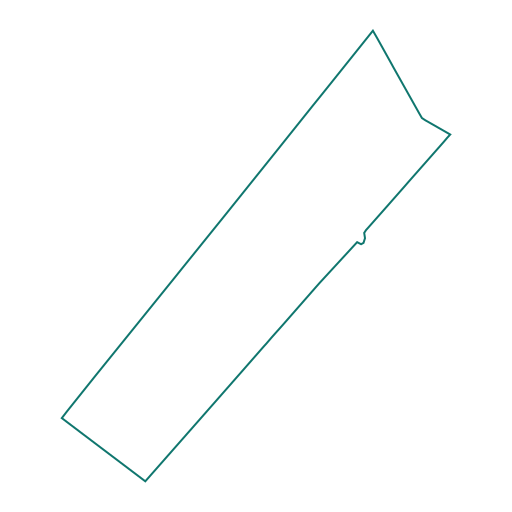 Sucupira do Norte, Maranhão, Brazil
{"feature_id": "56859067B91383684307252", "entity_name": "Sucupira do Norte", "entity_type": "district", "adm_level": 2, "iso_a3": "BRA", "parent_name": "Brazil", "parent_adm1": "Maranhão", "projection": "equal_earth", "projection_center": [-44.257, -6.503], "detail": "fine", "context": "isolated", "style": "outline", "palette": "teal", "viewbox_px": 512, "rotation_deg": 0, "n_neighbors": 0, "source": "geoboundaries", "source_scale": "gbopen_adm2", "svg_char_len": 655}
<svg xmlns="http://www.w3.org/2000/svg" viewBox="0 0 512 512"><path d="M372.9,30.7L329.6,84.8L320.6,96.0L313.0,105.4L274.7,153.3L225.1,215.1L182.1,268.4L175.2,277.0L95.8,375.3L67.2,411.1L61.8,418.1L82.9,434.1L145.3,481.3L195.1,424.7L237.1,376.9L263.9,346.3L266.1,343.9L271.5,337.6L275.4,333.2L282.1,325.7L316.0,287.0L319.9,282.6L357.1,242.2L361.1,244.2L363.5,242.9L365.0,238.2L364.6,235.6L364.2,232.9L366.0,230.1L367.9,228.0L389.0,204.1L405.7,185.1L408.2,182.2L441.7,144.2L443.3,142.4L447.2,137.8L450.2,134.5L425.2,120.2L421.9,118.0L419.3,113.5L403.2,84.8L393.2,67.0L391.3,63.5L377.6,38.9L372.9,30.7Z" fill="none" stroke="#0f766e" stroke-width="2"/></svg>